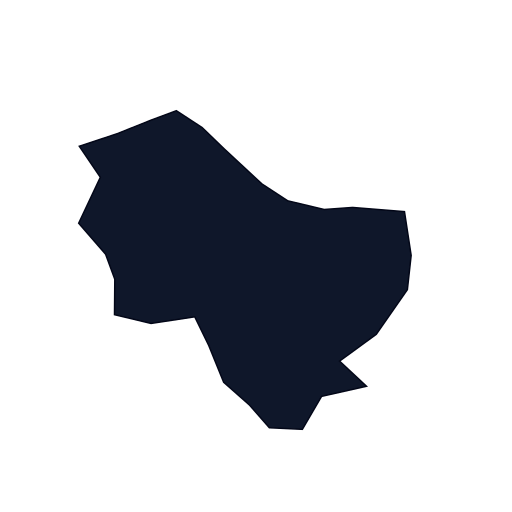 Kanli, Cyprus, rotated 154°
{"feature_id": "46923920B42902060181801", "entity_name": "Kanli", "entity_type": "district", "adm_level": 2, "iso_a3": "CYP", "parent_name": "Cyprus", "parent_adm1": "", "projection": "mercator", "projection_center": [33.257, 35.232], "detail": "fine", "context": "isolated", "style": "filled", "palette": "ink", "viewbox_px": 512, "rotation_deg": 154, "n_neighbors": 0, "source": "geoboundaries", "source_scale": "gbopen_adm2", "svg_char_len": 528}
<svg xmlns="http://www.w3.org/2000/svg" viewBox="0 0 512 512"><g transform="rotate(154 256 256)"><path d="M366.7,432.1L361.4,395.0L401.0,363.2L390.4,323.5L393.1,297.0L408.9,265.3L379.9,241.4L337.7,228.2L337.7,196.4L340.4,156.7L327.2,124.9L319.3,95.8L290.3,79.9L258.6,101.1L213.8,90.5L227.0,124.9L182.2,132.9L134.7,159.4L116.3,188.5L103.1,230.8L147.9,257.3L174.3,267.9L203.3,291.7L219.1,318.2L237.5,365.9L248.1,395.0L263.9,421.5L290.3,424.1L327.2,426.8L366.7,432.1Z" fill="#0f172a" stroke="#020617" stroke-width="1.5"/></g></svg>